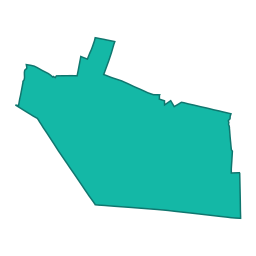 Tan Thanh, Long An, Vietnam
{"feature_id": "81297802B33329086183777", "entity_name": "Tan Thanh", "entity_type": "district", "adm_level": 2, "iso_a3": "VNM", "parent_name": "Vietnam", "parent_adm1": "Long An", "projection": "robinson", "projection_center": [105.96, 10.628], "detail": "fine", "context": "isolated", "style": "filled", "palette": "teal", "viewbox_px": 256, "rotation_deg": 0, "n_neighbors": 0, "source": "geoboundaries", "source_scale": "gbopen_adm2", "svg_char_len": 2477}
<svg xmlns="http://www.w3.org/2000/svg" viewBox="0 0 256 256"><path d="M164.2,210.1L164.3,210.1L168.3,210.5L175.7,211.4L183.1,212.2L190.5,213.0L198.5,213.9L220.1,216.4L227.5,217.2L231.0,217.7L232.6,217.8L234.9,218.0L240.6,218.3L240.6,217.0L240.4,210.0L240.3,201.6L239.7,172.8L240.0,172.7L231.3,173.0L231.3,168.7L231.5,165.5L231.8,161.2L232.4,151.2L231.9,150.5L231.4,149.8L231.2,148.4L230.9,145.3L230.6,142.0L230.5,141.1L230.2,137.8L230.1,137.0L229.9,134.1L229.8,133.1L229.7,131.4L229.4,128.2L229.4,127.2L229.3,126.9L229.2,126.2L229.1,125.9L229.0,125.5L228.8,125.2L228.6,124.8L228.6,124.4L228.6,123.9L228.6,123.7L228.7,123.1L228.8,122.8L228.8,122.6L228.8,122.3L228.5,121.7L228.4,121.2L228.3,120.8L228.4,120.7L228.6,120.3L228.7,120.1L229.3,119.6L229.8,119.1L229.9,118.8L230.1,118.2L230.1,117.5L230.2,116.3L230.3,115.8L230.6,115.0L231.0,113.8L228.1,113.1L221.7,111.6L219.4,111.0L213.7,109.8L209.1,108.6L206.6,108.0L200.5,106.7L196.5,105.7L196.3,105.7L194.0,105.1L188.3,103.9L183.8,102.7L181.4,102.3L178.0,104.4L174.2,106.6L170.7,100.7L164.6,104.9L164.5,102.4L164.5,100.8L159.3,99.1L159.4,98.3L159.4,97.0L159.4,95.9L159.5,95.3L159.5,95.0L159.6,94.8L153.4,94.7L147.6,92.7L144.7,91.3L140.5,89.4L134.0,86.6L131.3,85.3L129.0,84.2L127.5,83.5L124.1,82.0L121.7,80.9L111.7,77.6L103.7,74.5L108.7,60.9L111.4,52.8L113.8,44.5L114.8,41.6L113.4,41.3L106.4,39.9L104.2,39.4L99.8,38.6L97.4,38.1L95.2,37.7L94.8,39.4L94.5,40.7L92.3,47.1L91.2,50.0L89.9,52.8L87.4,59.1L86.1,58.6L83.2,57.5L80.8,56.5L80.4,58.9L79.4,64.1L78.2,70.4L77.8,72.4L77.1,75.8L72.4,75.7L70.4,75.7L59.1,75.8L56.4,75.9L55.2,77.6L53.4,76.5L52.8,77.1L50.6,75.2L48.4,73.6L41.9,70.3L37.2,67.6L34.1,66.1L30.7,65.3L26.3,64.6L26.7,66.9L26.8,67.9L26.7,68.3L26.5,68.7L25.4,69.5L24.9,70.1L24.7,70.4L24.6,71.1L24.4,72.1L24.4,74.2L24.5,76.7L24.5,77.8L24.3,78.9L24.2,79.6L23.8,80.3L23.1,81.1L23.0,81.3L22.9,82.7L22.9,83.1L22.6,84.2L22.4,85.5L22.2,86.5L21.5,90.3L21.2,91.8L20.6,95.0L20.4,96.0L19.7,99.0L18.9,103.6L18.5,105.6L16.1,105.1L15.4,105.0L19.9,107.8L25.8,111.5L30.9,114.6L32.9,115.9L37.4,118.4L38.9,120.7L39.2,121.3L39.4,121.6L41.7,125.1L43.2,127.6L47.0,133.2L50.9,139.2L54.5,144.7L54.6,144.9L58.3,150.7L66.0,162.0L66.6,162.8L69.8,167.6L73.7,173.2L77.5,178.8L81.3,184.4L85.1,190.1L86.7,192.4L88.9,195.7L92.9,201.2L95.1,204.4L95.2,204.7L96.7,204.9L99.9,205.2L100.7,205.2L105.3,205.5L107.4,205.7L115.0,206.3L119.1,206.6L126.3,207.1L130.3,207.4L157.4,209.5L160.8,209.8L164.2,210.1Z" fill="#14b8a6" stroke="#0f766e" stroke-width="1.5"/></svg>